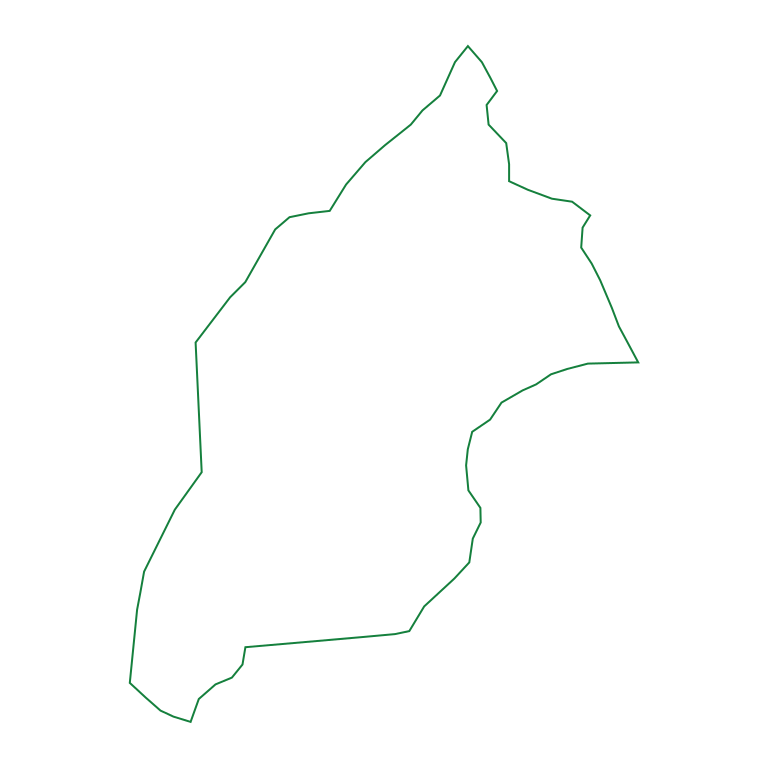 São Francisco, Sergipe, Brazil
{"feature_id": "56859067B71066777145580", "entity_name": "São Francisco", "entity_type": "district", "adm_level": 2, "iso_a3": "BRA", "parent_name": "Brazil", "parent_adm1": "Sergipe", "projection": "albers", "projection_center": [-36.858, -10.332], "detail": "fine", "context": "isolated", "style": "outline", "palette": "green", "viewbox_px": 768, "rotation_deg": 0, "n_neighbors": 0, "source": "geoboundaries", "source_scale": "gbopen_adm2", "svg_char_len": 985}
<svg xmlns="http://www.w3.org/2000/svg" viewBox="0 0 768 768"><path d="M195.6,342.5L201.7,472.2L174.8,509.7L144.1,571.6L140.3,592.8L137.1,609.7L129.8,682.9L145.6,697.5L160.5,710.6L173.4,716.6L190.6,721.9L198.8,699.0L215.5,684.4L231.9,677.6L242.5,664.5L245.4,647.2L361.9,637.1L395.0,634.1L409.3,631.1L424.2,606.4L454.4,578.5L469.3,562.4L472.8,538.6L480.7,522.5L480.4,507.9L468.4,490.4L466.1,465.4L467.8,449.3L472.2,431.8L490.1,419.6L501.5,402.6L522.6,390.4L536.1,384.4L551.0,374.3L567.1,369.0L587.9,363.6L613.4,363.0L638.2,362.4L627.1,341.6L618.9,326.4L611.9,308.0L600.2,280.3L591.7,263.6L581.2,247.6L582.6,227.6L590.2,215.4L572.1,201.7L551.9,198.7L527.9,189.8L509.1,181.2L509.1,164.2L506.2,143.1L488.6,124.6L486.6,105.0L497.1,91.0L490.4,77.9L481.9,62.2L467.9,46.1L455.0,62.1L440.0,95.5L422.5,110.4L410.8,124.6L385.0,145.2L365.4,162.1L346.1,184.5L329.7,210.9L308.6,213.3L289.5,217.2L275.2,229.4L245.3,282.1L230.1,297.3L195.6,342.5Z" fill="none" stroke="#15803d" stroke-width="2"/></svg>